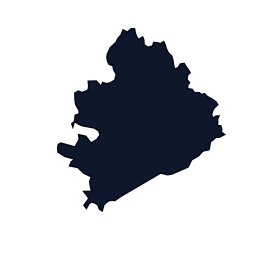 the district of Tapera, Rio Grande do Sul, Brazil, rotated 135°
{"feature_id": "56859067B74409680432324", "entity_name": "Tapera", "entity_type": "district", "adm_level": 2, "iso_a3": "BRA", "parent_name": "Brazil", "parent_adm1": "Rio Grande do Sul", "projection": "mercator", "projection_center": [-52.864, -28.665], "detail": "fine", "context": "isolated", "style": "filled", "palette": "ink", "viewbox_px": 256, "rotation_deg": 135, "n_neighbors": 0, "source": "geoboundaries", "source_scale": "gbopen_adm2", "svg_char_len": 1776}
<svg xmlns="http://www.w3.org/2000/svg" viewBox="0 0 256 256"><g transform="rotate(135 128 128)"><path d="M161.2,170.5L160.2,165.6L158.6,161.8L152.0,152.1L150.7,146.6L152.7,142.8L158.2,141.9L164.8,143.6L163.7,152.0L167.6,158.2L170.6,154.4L178.9,152.0L186.1,164.8L189.0,165.6L191.6,163.9L194.6,160.4L192.7,152.5L187.6,143.6L192.0,144.1L196.1,142.6L191.4,135.6L191.2,127.2L188.4,119.4L193.2,117.1L198.8,108.9L201.5,111.9L204.2,114.4L204.6,110.4L205.5,105.9L213.8,104.4L214.3,100.6L208.8,102.1L206.1,101.4L204.4,98.4L203.7,94.9L205.6,90.8L204.9,87.6L199.3,90.8L194.1,90.5L191.6,89.3L188.4,85.9L181.6,84.8L161.3,79.5L136.8,73.1L133.1,67.0L129.4,64.4L123.1,61.9L113.1,58.0L105.5,60.5L98.0,58.5L91.4,58.8L85.9,55.4L79.7,59.8L72.3,59.2L70.0,56.9L64.3,55.1L64.9,59.1L62.5,60.9L60.9,64.0L63.0,66.3L58.5,70.8L55.2,72.2L57.2,74.1L61.1,75.0L59.4,78.4L55.7,80.5L52.7,81.2L48.2,81.0L47.3,84.3L48.2,89.5L49.7,94.1L49.6,98.2L52.1,99.3L52.8,102.7L56.1,106.1L55.3,109.9L58.1,113.7L55.2,116.3L52.5,116.5L51.9,120.7L48.1,123.5L45.1,123.1L44.1,126.6L43.8,129.7L42.7,134.1L45.7,136.2L50.0,135.2L53.5,136.7L50.9,140.8L48.4,144.1L46.3,147.8L46.2,153.2L44.7,157.5L42.9,160.4L41.7,163.9L45.4,164.6L47.2,167.8L49.2,170.3L52.7,168.6L57.0,171.2L57.7,175.6L54.7,178.9L53.3,182.0L58.0,183.1L57.2,186.9L55.6,190.2L53.2,193.6L55.5,195.9L60.6,196.2L62.1,200.9L66.7,198.8L72.0,198.3L75.9,197.0L83.5,197.3L90.2,194.9L93.0,192.9L95.5,189.2L96.3,186.2L94.5,182.8L96.8,179.5L98.4,174.1L103.5,171.2L108.8,172.5L111.9,174.5L113.7,178.1L117.6,176.4L117.2,183.6L123.0,189.2L126.3,185.2L129.6,183.0L135.5,185.6L137.0,189.2L140.8,190.3L145.6,185.3L148.3,181.6L150.4,174.5L152.6,172.5L156.3,174.3L161.2,170.5ZM161.2,170.5L164.8,170.7L166.2,167.8L161.2,170.5Z" fill="#0f172a" stroke="#020617" stroke-width="1.5"/></g></svg>